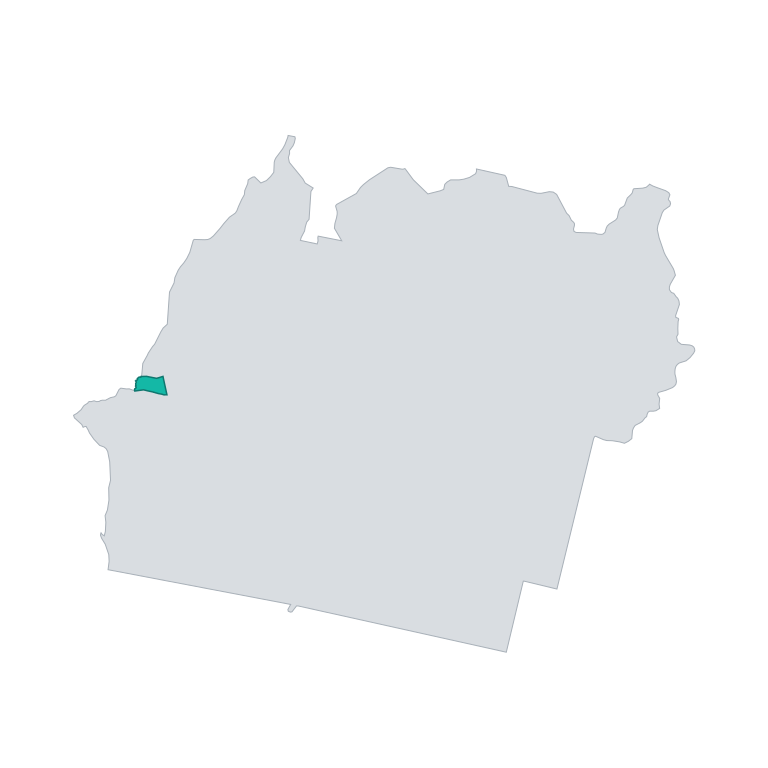 Reifi Hamashkureib, Kassala, Sudan shown in context, rotated 190°
{"feature_id": "16777658B48283750984727", "entity_name": "Reifi Hamashkureib", "entity_type": "district", "adm_level": 2, "iso_a3": "SDN", "parent_name": "Sudan", "parent_adm1": "Kassala", "projection": "albers", "projection_center": [36.838, 16.811], "detail": "fine", "context": "in_parent", "style": "filled", "palette": "teal", "viewbox_px": 768, "rotation_deg": 190, "n_neighbors": 0, "source": "geoboundaries", "source_scale": "gbopen_adm2", "svg_char_len": 4701}
<svg xmlns="http://www.w3.org/2000/svg" viewBox="0 0 768 768"><g transform="rotate(190 384 384)"><path d="M521.6,612.1L514.7,612.0L514.0,610.4L514.2,606.0L515.0,602.7L517.6,597.5L517.0,594.6L517.5,590.4L515.7,585.8L499.6,572.0L496.5,568.2L487.8,564.7L489.4,560.9L486.4,533.2L488.2,530.0L488.8,525.2L488.8,520.9L491.0,513.9L491.3,510.9L474.1,510.3L473.8,513.4L474.6,516.8L474.5,518.2L450.5,517.7L459.9,528.8L460.2,533.6L459.6,539.5L459.6,543.3L460.1,545.8L462.5,550.7L462.4,551.6L461.7,552.7L444.3,566.8L441.3,573.4L438.9,576.8L433.8,582.6L417.7,597.6L415.1,598.6L403.2,598.7L402.0,599.1L401.0,599.7L400.5,599.6L390.6,590.2L373.8,578.8L362.2,584.0L359.0,586.0L358.8,591.2L357.0,593.8L353.8,596.6L345.3,598.1L340.9,599.6L335.6,602.3L330.3,607.0L329.8,609.5L330.3,611.8L301.2,610.5L299.4,608.6L295.5,600.3L292.5,600.7L266.1,598.5L262.3,599.1L254.6,602.1L250.7,602.4L246.9,600.7L233.8,583.9L230.9,581.9L228.0,577.9L225.1,576.0L224.2,574.8L224.0,573.0L224.3,569.5L223.4,567.3L221.2,566.6L202.4,569.3L199.8,568.7L195.8,569.1L194.4,569.7L192.7,571.7L192.2,576.1L191.6,578.3L190.0,580.6L184.4,585.7L183.1,588.0L182.9,594.0L182.4,597.0L181.5,598.4L179.0,600.5L178.1,601.8L176.7,609.4L173.5,613.8L172.7,615.4L172.4,618.8L171.8,619.7L163.2,621.8L159.9,623.3L157.8,625.8L157.2,626.9L153.7,625.7L149.1,624.8L140.3,623.3L136.8,621.9L135.3,620.0L136.1,615.4L135.3,614.3L134.0,613.4L133.1,611.3L133.5,608.9L138.5,603.9L139.7,601.1L141.8,587.7L141.7,583.6L138.5,575.8L131.0,562.2L129.1,559.5L119.3,548.1L118.2,546.4L115.9,541.7L119.4,532.0L119.8,529.2L119.3,526.4L116.8,524.0L114.4,523.6L111.5,520.7L109.6,519.4L107.9,516.9L106.9,513.6L108.7,501.9L108.2,500.3L105.5,499.7L105.0,498.8L105.2,496.6L104.3,489.8L103.1,484.1L104.1,481.2L102.2,476.8L98.1,474.7L89.7,475.5L87.1,475.1L85.3,474.1L84.2,472.5L83.7,470.7L84.5,468.0L87.2,463.2L90.5,459.3L96.8,456.0L98.5,454.2L99.6,452.0L99.9,449.5L99.7,446.8L99.2,444.3L97.7,441.0L96.4,437.1L96.5,434.5L97.4,432.7L99.2,430.6L105.4,426.7L111.8,423.6L112.9,422.4L112.6,420.9L110.0,417.7L109.6,411.9L108.3,407.8L111.6,404.9L114.0,404.0L117.6,403.4L119.0,402.2L119.6,399.8L119.7,397.5L121.1,395.9L123.0,392.3L124.5,390.7L129.5,386.8L130.7,384.0L131.2,381.4L130.5,373.2L133.4,370.0L136.9,367.4L141.8,367.9L149.4,367.8L154.7,367.0L158.3,367.3L166.6,369.3L167.5,368.7L168.1,366.6L178.1,212.1L212.1,214.2L212.6,214.0L217.0,141.1L429.8,150.5L431.6,150.3L435.1,143.6L436.6,143.1L438.8,143.6L439.5,145.2L437.6,150.7L623.5,153.2L623.9,161.6L625.4,168.2L630.7,177.8L635.2,182.9L636.9,185.7L637.0,187.0L636.8,188.3L635.4,186.9L633.1,185.9L632.8,190.4L633.9,199.5L635.8,205.9L634.5,211.9L634.7,221.9L637.1,234.0L636.6,241.7L640.6,259.7L644.4,269.6L646.5,272.1L648.9,273.4L653.4,274.2L660.2,279.3L665.5,284.6L667.4,287.4L670.0,290.5L671.7,289.9L672.8,289.1L674.6,291.6L683.0,296.9L684.3,299.3L681.3,301.8L677.8,306.1L676.1,310.0L675.2,311.2L672.4,313.7L672.0,314.9L670.8,315.7L669.5,315.7L666.6,317.1L664.0,316.7L661.4,317.4L660.4,318.4L658.3,319.2L655.5,319.6L651.1,323.0L647.3,324.6L646.0,325.9L644.0,332.5L642.5,334.2L636.8,334.4L634.0,335.0L630.2,334.3L628.4,334.4L627.9,335.8L627.2,341.4L627.3,343.9L624.1,350.3L625.1,362.4L622.0,371.4L621.5,373.5L618.4,380.7L616.8,383.3L612.8,396.7L611.2,400.8L607.8,405.2L611.2,437.3L608.3,447.1L608.4,452.5L606.4,460.4L604.8,464.1L602.2,468.5L600.0,473.4L598.1,479.9L596.8,492.3L596.1,493.4L585.8,494.9L582.6,495.7L580.4,497.1L577.7,500.2L572.4,508.9L569.6,514.2L565.2,521.4L560.1,526.5L559.0,529.0L558.1,533.6L556.2,541.0L554.4,546.2L554.7,550.4L553.0,557.7L553.2,561.3L551.4,563.2L549.0,565.1L547.4,565.5L540.2,560.6L535.1,563.9L531.8,568.5L529.3,573.3L530.6,583.4L530.4,585.6L529.7,588.0L524.7,597.9L523.2,602.3L521.6,610.2L521.6,612.1Z" fill="#d9dde1" stroke="#a8b0b8" stroke-width="1"/><path d="M595.9,335.7L600.0,345.7L600.9,347.9L603.0,353.1L606.5,351.3L608.9,350.1L614.6,350.2L616.1,350.2L619.1,350.3L624.5,349.2L624.5,348.8L624.8,348.4L625.9,348.4L626.6,348.1L626.8,347.9L627.1,347.4L627.7,346.8L627.7,346.7L627.9,346.4L627.8,346.2L627.7,346.0L627.7,345.9L627.5,345.7L627.7,345.2L628.1,344.8L628.7,344.6L628.7,344.3L628.7,344.2L628.8,344.2L629.0,344.1L629.2,343.9L628.9,343.6L628.7,343.5L628.5,343.3L628.4,343.1L628.2,342.6L628.4,342.1L628.6,341.6L628.6,341.4L628.6,341.0L628.0,339.4L628.2,339.1L628.3,339.1L628.3,338.9L628.3,338.7L628.1,338.6L627.7,337.9L627.5,337.6L627.5,337.3L627.7,336.8L628.2,336.3L628.6,336.0L628.7,335.6L628.7,335.4L628.7,334.9L628.6,334.5L628.4,334.2L628.2,333.8L619.8,336.5L619.7,336.5L615.4,336.2L614.6,336.2L613.4,336.1L612.1,336.1L609.9,336.0L609.7,335.9L608.0,335.8L607.7,335.7L606.3,335.6L604.7,335.4L603.0,335.4L601.1,335.4L598.9,335.1L595.9,335.7Z" fill="#14b8a6" stroke="#0f766e" stroke-width="1.5"/></g></svg>